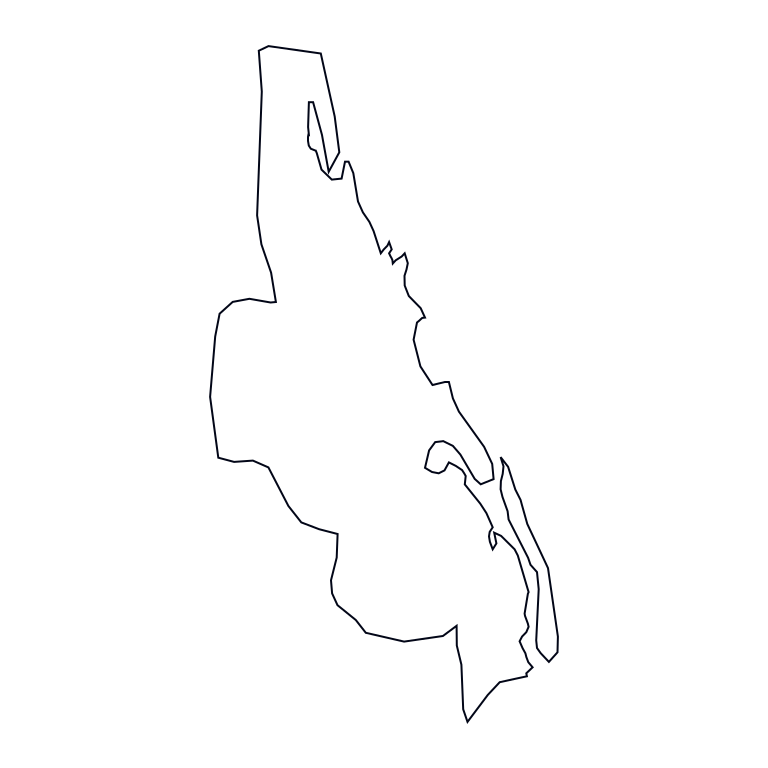 an SVG outline of Maḍakalapuva
{"feature_id": "LKA-2452", "entity_name": "Maḍakalapuva", "entity_type": "District", "adm_level": 1, "iso_a3": "LKA", "parent_name": "Sri Lanka", "parent_adm1": "", "projection": "equal_earth", "projection_center": [81.59, 7.833], "detail": "fine", "context": "isolated", "style": "outline", "palette": "ink", "viewbox_px": 768, "rotation_deg": 0, "n_neighbors": 0, "source": "natural_earth", "source_scale": "10m", "svg_char_len": 2402}
<svg xmlns="http://www.w3.org/2000/svg" viewBox="0 0 768 768"><path d="M320.8,53.5L322.6,61.7L334.7,116.5L339.3,152.3L328.7,171.8L322.8,139.5L322.0,135.0L313.1,102.2L308.9,102.2L308.1,127.1L308.9,134.9L308.4,134.7L308.0,136.9L308.0,137.0L308.0,140.9L308.8,145.6L310.8,148.7L315.7,150.7L315.8,150.7L316.8,153.2L321.5,169.6L331.8,179.6L341.6,178.6L345.0,161.7L348.6,161.7L352.3,170.7L353.3,173.1L358.0,201.5L362.9,212.4L369.4,221.9L373.6,231.1L380.8,253.3L383.7,249.5L387.4,245.7L389.1,242.1L391.7,249.4L389.1,253.3L390.4,256.1L391.5,258.0L391.7,258.5L392.4,260.0L392.8,263.5L395.7,260.3L401.7,256.5L404.7,253.3L406.1,257.8L407.8,263.2L406.5,269.5L404.5,275.8L404.6,280.7L404.7,285.5L408.8,296.0L416.0,303.4L420.7,308.2L425.0,317.6L422.3,317.9L420.9,319.1L419.2,320.7L418.1,321.6L417.0,322.5L415.3,331.1L413.6,339.7L420.4,366.4L424.1,372.1L432.5,385.0L444.9,382.0L448.9,382.0L452.9,398.4L457.5,408.5L458.9,411.6L484.1,446.8L492.2,463.9L493.6,479.1L480.7,484.3L474.7,478.9L460.4,454.6L452.9,445.9L443.2,441.1L442.1,441.3L435.2,442.1L429.1,450.4L425.0,467.8L432.0,472.0L438.7,473.3L444.5,470.4L448.9,462.4L455.8,465.9L462.1,470.1L464.3,473.5L465.7,476.0L464.8,484.4L472.6,494.1L480.3,503.7L486.4,513.1L492.7,527.3L489.7,531.9L489.0,536.4L489.9,541.8L492.7,549.3L496.4,543.4L494.2,532.7L501.1,535.9L514.6,549.3L517.8,555.5L528.6,592.1L527.9,593.7L524.6,613.6L525.0,615.8L525.1,616.1L527.9,623.7L528.6,626.8L526.3,632.2L522.1,636.5L519.6,641.3L522.6,648.2L525.4,653.3L526.4,657.2L526.6,657.7L528.3,662.2L532.6,667.3L526.3,673.3L526.9,676.3L515.7,678.7L499.7,682.2L487.8,694.9L467.5,721.9L463.2,709.3L461.4,664.7L456.8,645.5L456.6,625.8L442.9,636.0L404.1,641.6L365.8,632.8L355.8,620.0L337.5,605.2L332.1,593.4L331.0,580.3L336.7,557.6L337.6,534.0L319.1,529.2L301.3,522.4L288.4,506.0L268.4,467.4L252.9,460.6L234.1,461.9L218.3,457.7L210.1,396.9L215.2,336.5L219.6,313.7L232.7,301.9L249.4,298.8L270.6,302.5L275.9,302.0L271.1,272.7L261.4,244.3L257.1,215.4L261.8,91.6L258.8,50.7L268.5,46.1L320.8,53.5ZM508.6,519.5L507.6,511.2L505.3,504.8L502.5,497.0L500.6,489.3L500.9,481.1L502.7,473.9L503.5,466.3L500.6,457.1L508.1,466.8L515.3,489.5L520.6,500.0L521.8,504.5L527.3,524.0L541.5,554.2L548.0,568.1L557.9,636.6L557.5,652.3L548.9,661.9L540.7,653.2L538.2,649.7L537.0,648.0L536.6,644.1L536.2,640.3L536.3,638.7L538.7,589.2L537.0,572.1L530.5,564.8L528.1,557.8L508.6,519.5Z" fill="none" stroke="#020617" stroke-width="2"/></svg>